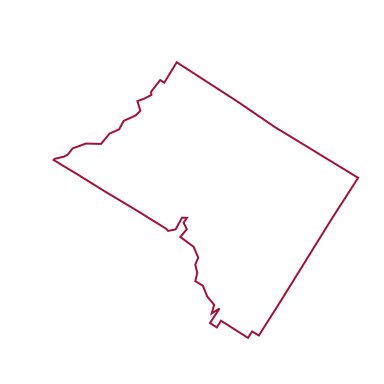 outline of Lawrence, Arkansas, United States of America, rotated 211°
{"feature_id": "52423323B35543237136284", "entity_name": "Lawrence", "entity_type": "district", "adm_level": 2, "iso_a3": "USA", "parent_name": "United States of America", "parent_adm1": "Arkansas", "projection": "orthographic", "projection_center": [-91.031, 36.069], "detail": "fine", "context": "isolated", "style": "outline", "palette": "rose", "viewbox_px": 384, "rotation_deg": 211, "n_neighbors": 0, "source": "geoboundaries", "source_scale": "gbopen_adm2", "svg_char_len": 803}
<svg xmlns="http://www.w3.org/2000/svg" viewBox="0 0 384 384"><g transform="rotate(211 192 192)"><path d="M201.0,293.0L271.9,295.3L272.1,271.4L276.9,271.6L278.7,256.9L276.8,254.3L281.0,247.5L285.6,241.8L278.1,235.0L279.7,228.6L287.2,217.8L286.7,208.2L292.8,199.6L294.7,186.4L308.0,178.8L316.8,167.8L317.8,159.9L320.0,156.3L326.7,149.8L327.1,148.2L317.7,148.1L299.5,148.1L267.4,147.6L234.6,147.7L195.4,147.2L192.4,146.4L186.8,151.5L187.3,164.9L183.1,167.2L183.4,161.4L177.3,157.4L178.8,147.4L162.5,145.9L152.8,138.9L151.8,131.4L145.8,125.4L143.3,117.3L134.3,117.2L125.2,110.3L114.9,106.7L112.6,98.1L108.4,106.4L109.1,88.9L101.0,88.7L100.8,96.6L68.9,95.8L68.6,103.5L60.8,103.4L59.8,143.3L58.4,241.0L56.9,289.7L127.3,290.2L153.8,290.3L201.0,293.0Z" fill="none" stroke="#9f1239" stroke-width="2"/></g></svg>